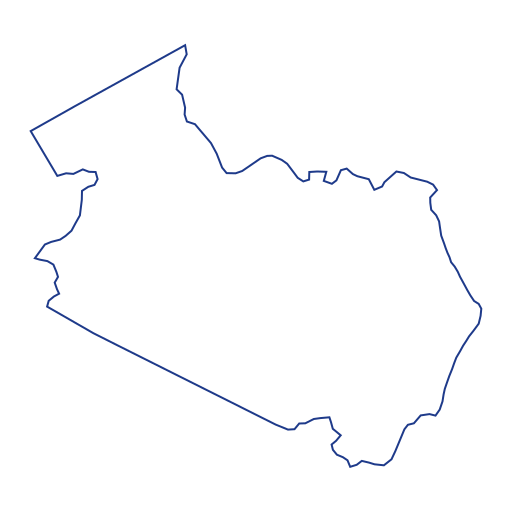 Goiana, Pernambuco, Brazil (Mercator projection)
{"feature_id": "56859067B6453110180727", "entity_name": "Goiana", "entity_type": "district", "adm_level": 2, "iso_a3": "BRA", "parent_name": "Brazil", "parent_adm1": "Pernambuco", "projection": "mercator", "projection_center": [-34.921, -7.588], "detail": "fine", "context": "isolated", "style": "outline", "palette": "blue", "viewbox_px": 512, "rotation_deg": 0, "n_neighbors": 0, "source": "geoboundaries", "source_scale": "gbopen_adm2", "svg_char_len": 1888}
<svg xmlns="http://www.w3.org/2000/svg" viewBox="0 0 512 512"><path d="M185.1,107.7L182.1,94.7L176.6,89.3L179.6,67.7L186.7,54.3L185.1,45.2L74.7,106.3L30.7,131.1L57.3,175.9L66.1,173.3L73.4,173.9L82.8,169.4L89.0,171.8L95.6,172.0L97.6,179.1L94.5,184.9L88.3,186.8L82.0,190.9L81.8,199.9L80.7,208.9L79.9,215.4L75.5,223.2L71.5,230.7L65.6,235.9L60.1,239.6L51.2,241.9L44.9,244.5L34.9,258.2L39.6,259.6L47.4,261.1L53.4,264.6L56.4,271.9L58.0,276.9L54.7,282.6L57.0,289.2L59.1,293.7L53.9,296.5L48.7,300.8L47.1,306.6L93.4,333.2L117.4,345.3L275.7,424.6L288.0,429.6L294.5,429.2L299.2,423.5L305.3,423.3L313.8,419.0L320.3,418.1L329.4,417.3L331.0,422.2L332.8,428.8L340.7,435.3L336.0,440.9L331.6,444.5L332.9,449.8L336.9,454.7L342.9,457.2L347.5,460.3L350.2,466.8L356.7,464.8L361.8,460.9L369.0,462.6L374.5,464.3L383.9,465.3L391.5,459.3L395.3,451.2L404.4,429.3L407.9,424.8L413.9,423.3L420.7,415.4L429.5,414.1L435.5,415.6L439.7,409.6L442.5,401.4L443.6,394.4L444.8,388.9L447.0,382.5L449.3,376.0L452.1,369.1L454.2,363.1L456.3,357.6L460.2,351.0L463.1,345.7L466.2,341.0L469.1,336.3L473.3,331.0L478.7,323.7L480.6,315.8L481.3,308.7L478.7,303.9L474.1,301.0L470.3,295.3L467.3,290.1L463.4,282.9L460.0,276.7L457.8,271.8L454.7,266.6L451.1,262.2L449.5,257.2L447.5,252.9L445.7,248.2L444.0,243.2L441.2,235.6L440.0,227.7L439.1,221.4L436.2,215.3L431.2,209.8L430.3,202.8L430.2,197.5L437.0,190.1L433.1,184.6L427.2,181.7L410.7,177.5L403.9,173.0L396.4,171.5L384.4,182.2L382.1,186.5L374.3,189.8L368.8,179.2L357.3,176.2L352.9,174.1L346.7,168.6L340.9,170.2L336.4,180.4L331.9,183.8L323.8,180.9L326.3,171.8L317.3,171.5L309.3,172.0L309.1,179.6L303.3,181.4L297.7,177.8L294.0,172.8L287.2,163.8L281.7,159.9L272.1,155.7L267.2,155.9L260.7,158.3L242.2,171.0L235.6,173.3L226.6,173.1L222.1,167.6L216.7,153.7L211.0,143.1L205.5,136.6L199.2,129.2L195.0,124.2L186.9,121.5L184.6,114.5L185.1,107.7Z" fill="none" stroke="#1e3a8a" stroke-width="2"/></svg>